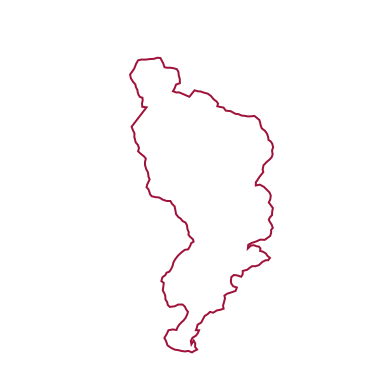 the district of Mirim Doce, Santa Catarina, Brazil, rotated 242°
{"feature_id": "56859067B1000526866596", "entity_name": "Mirim Doce", "entity_type": "district", "adm_level": 2, "iso_a3": "BRA", "parent_name": "Brazil", "parent_adm1": "Santa Catarina", "projection": "robinson", "projection_center": [-50.194, -27.174], "detail": "fine", "context": "isolated", "style": "outline", "palette": "rose", "viewbox_px": 384, "rotation_deg": 242, "n_neighbors": 0, "source": "geoboundaries", "source_scale": "gbopen_adm2", "svg_char_len": 3338}
<svg xmlns="http://www.w3.org/2000/svg" viewBox="0 0 384 384"><g transform="rotate(242 192 192)"><path d="M76.1,99.1L72.6,99.1L68.0,98.4L63.8,100.6L60.8,102.9L58.9,105.5L56.4,108.3L54.5,111.0L53.4,114.2L50.4,116.7L50.6,119.6L50.5,122.5L53.7,122.0L56.8,123.8L60.0,123.7L57.8,120.0L61.0,121.0L63.1,124.1L63.3,128.1L64.7,131.0L66.6,133.3L68.1,130.6L70.0,132.7L72.2,134.6L72.4,138.8L74.7,142.2L76.6,145.0L76.8,148.5L77.7,151.6L75.5,154.0L75.8,158.3L74.7,161.8L74.1,165.1L77.0,166.0L80.3,169.1L82.8,171.3L85.3,172.0L85.7,175.4L85.0,179.1L84.2,184.0L86.6,186.8L89.4,184.1L92.7,183.7L95.1,184.5L98.4,186.8L99.1,190.0L97.0,192.9L94.1,195.6L95.4,198.0L98.5,199.8L97.4,204.2L97.9,206.8L98.3,210.2L96.7,213.1L96.0,216.8L97.2,221.1L97.2,224.9L96.0,227.3L97.2,229.9L100.3,228.6L103.2,228.3L106.1,226.5L108.0,224.5L110.1,225.9L112.3,225.5L113.8,223.5L115.9,221.8L117.0,218.8L115.9,214.8L119.0,216.9L119.0,220.8L118.2,225.3L117.9,229.9L115.6,233.8L116.1,237.6L116.5,240.4L118.8,242.7L121.4,244.1L122.4,246.5L125.8,247.0L129.1,246.7L131.5,246.8L133.1,249.0L134.0,251.8L137.2,253.7L139.9,255.9L143.2,255.4L146.7,254.9L148.7,257.6L151.9,259.9L155.3,260.2L159.2,259.0L162.8,257.9L166.6,255.4L167.8,251.4L170.7,253.0L171.8,255.4L173.6,258.5L174.8,261.3L176.1,264.3L178.6,264.9L182.0,267.6L183.4,271.8L184.2,275.5L185.3,278.7L187.4,280.9L191.0,282.1L193.4,284.6L196.8,285.5L199.6,285.3L202.0,284.0L205.0,285.1L208.4,285.6L211.9,285.1L215.3,283.5L218.2,283.8L220.8,284.6L224.0,285.3L227.6,283.8L229.9,282.8L231.1,279.7L232.5,276.8L234.7,274.0L236.2,271.7L238.8,269.7L240.7,267.0L245.2,264.1L248.0,260.0L251.7,259.5L253.8,256.9L255.8,254.6L257.9,256.5L260.3,256.2L263.9,254.6L267.9,253.8L271.4,252.1L274.3,249.0L276.7,246.8L278.1,244.5L280.6,242.0L277.3,234.4L280.8,231.6L283.9,229.1L286.1,227.3L287.2,224.9L289.9,222.5L291.5,225.1L294.3,228.3L293.8,232.4L297.5,234.3L300.8,234.9L304.4,236.4L307.5,236.3L310.0,233.8L311.9,231.2L313.4,228.3L315.1,226.3L319.3,227.0L325.1,227.0L326.8,224.5L327.5,220.8L329.3,216.9L330.7,213.1L332.6,209.7L333.6,206.3L331.5,202.9L329.4,200.5L327.8,198.5L326.5,195.9L324.8,192.5L321.1,191.4L316.9,191.7L313.6,192.5L310.9,191.7L307.8,191.7L305.6,190.9L302.8,190.4L300.3,190.7L298.5,192.5L296.1,191.5L293.6,189.4L290.6,188.1L288.1,191.6L278.0,169.3L274.5,168.9L270.7,168.7L267.7,166.9L265.4,166.4L262.2,165.6L259.0,166.3L255.7,165.8L253.2,163.5L250.0,164.6L245.8,166.4L243.1,166.9L240.6,164.6L238.0,163.2L235.6,162.7L233.2,162.2L230.8,162.4L228.4,161.8L226.1,160.8L223.0,160.5L221.0,157.8L219.5,155.8L217.5,154.1L215.0,154.8L212.4,154.5L209.8,153.9L207.2,154.4L204.7,157.2L202.5,160.5L198.8,162.7L196.0,165.4L194.2,168.7L191.0,168.8L187.5,169.9L183.8,168.8L179.9,167.5L176.2,168.2L173.8,169.5L170.8,170.0L168.1,171.9L164.9,171.9L161.1,170.5L158.1,170.3L155.9,168.8L153.3,169.3L149.8,170.6L147.4,170.1L147.2,167.3L145.3,165.1L143.2,161.8L144.3,158.4L143.5,153.8L142.3,149.5L140.5,145.6L138.6,142.6L135.7,140.0L133.6,137.1L132.3,134.6L132.7,131.6L131.1,129.4L130.6,125.8L127.7,123.1L125.0,124.4L122.1,122.4L118.8,120.0L115.5,120.0L112.9,119.7L109.6,118.1L106.6,118.4L103.7,117.6L101.0,118.4L99.2,123.1L99.1,127.0L97.1,130.8L94.3,131.9L91.0,131.7L88.1,132.2L86.1,130.2L83.9,127.3L82.6,124.4L81.8,121.3L80.8,118.3L79.4,115.8L77.5,113.5L79.7,110.4L81.0,106.3L78.6,103.2L76.1,99.1Z" fill="none" stroke="#9f1239" stroke-width="2"/></g></svg>